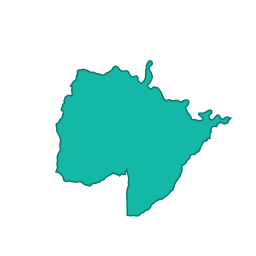 outline of Santa Helena de Goiás, Goiás, Brazil, rotated 318°
{"feature_id": "56859067B47067738427104", "entity_name": "Santa Helena de Goiás", "entity_type": "district", "adm_level": 2, "iso_a3": "BRA", "parent_name": "Brazil", "parent_adm1": "Goiás", "projection": "albers", "projection_center": [-50.546, -17.788], "detail": "fine", "context": "isolated", "style": "filled", "palette": "teal", "viewbox_px": 256, "rotation_deg": 318, "n_neighbors": 0, "source": "geoboundaries", "source_scale": "gbopen_adm2", "svg_char_len": 4602}
<svg xmlns="http://www.w3.org/2000/svg" viewBox="0 0 256 256"><g transform="rotate(318 128 128)"><path d="M129.9,51.8L128.2,52.0L126.3,54.7L125.3,54.5L124.4,55.2L123.5,56.0L122.6,56.7L121.1,57.2L119.4,57.0L118.1,57.2L116.1,57.7L114.3,58.0L113.3,58.7L114.3,59.6L113.6,60.6L112.4,61.5L111.4,62.2L110.9,63.3L110.2,64.2L109.2,65.6L108.2,66.5L106.7,65.2L105.3,63.6L103.3,63.3L101.8,63.2L100.5,64.1L98.8,64.8L97.7,66.8L96.5,66.7L94.8,67.2L93.4,68.6L91.6,68.9L90.5,70.1L90.9,71.8L90.8,73.2L89.5,73.9L88.1,74.6L86.9,75.8L84.9,76.3L83.5,76.3L81.8,76.7L80.1,77.6L78.7,77.3L76.8,77.3L76.5,78.5L75.4,79.5L74.9,81.0L73.8,81.6L73.0,82.9L72.5,85.2L72.1,86.5L71.5,88.9L70.6,90.4L69.8,91.9L68.5,93.3L66.5,94.4L65.9,95.6L65.0,96.4L63.9,98.0L62.8,99.3L60.9,99.8L58.5,100.7L56.9,101.6L55.7,102.6L54.6,104.0L53.3,105.6L51.8,106.6L50.7,107.9L50.0,109.1L49.1,110.5L47.4,111.3L45.1,112.4L46.8,114.7L47.0,116.2L47.3,119.3L46.6,121.7L45.7,123.3L45.3,124.4L46.4,126.6L48.2,127.5L49.2,128.1L49.8,129.5L50.9,130.9L52.3,132.6L54.3,134.3L56.5,135.5L57.4,137.3L57.6,138.8L57.8,140.9L58.9,142.4L60.0,144.0L60.5,145.3L62.5,145.9L64.2,145.5L66.3,146.9L67.8,147.8L69.8,148.5L71.1,149.2L72.4,149.0L73.6,149.2L75.4,150.2L77.5,149.7L80.4,150.2L82.3,150.7L84.1,150.9L85.2,151.4L86.6,151.0L87.3,152.7L88.1,153.6L88.4,154.7L89.4,156.4L89.7,157.9L91.4,157.9L92.5,157.7L93.4,159.4L94.8,160.5L96.4,159.1L99.1,157.9L98.6,159.4L97.8,160.6L96.9,161.9L96.4,163.7L95.6,164.7L94.5,166.3L93.1,167.7L91.8,168.7L90.8,170.2L89.8,171.4L88.6,171.9L86.4,173.0L85.1,174.3L83.9,175.1L82.6,176.4L81.9,177.7L69.0,192.5L69.8,193.3L70.8,194.3L71.5,195.2L73.5,196.5L74.6,197.9L75.8,199.3L76.9,200.0L78.0,200.2L80.0,200.2L81.4,200.1L82.9,201.2L84.1,201.1L85.3,200.9L86.5,201.3L87.5,202.0L89.7,202.2L91.4,202.0L93.8,200.8L96.6,201.0L98.3,200.9L100.6,201.3L101.9,201.6L103.0,202.0L104.4,202.2L105.2,203.5L106.6,203.7L109.0,203.8L110.9,204.2L113.0,204.1L115.5,204.2L116.9,203.7L118.1,203.9L119.6,204.1L121.8,202.8L123.2,202.2L124.8,201.3L126.0,200.5L127.4,200.1L128.6,199.9L130.3,199.3L133.0,198.9L134.5,198.5L136.7,197.1L137.8,196.8L138.9,196.3L139.8,195.6L140.5,194.7L141.2,193.9L142.0,192.8L142.9,192.1L144.9,192.6L147.6,192.8L150.1,191.5L152.0,191.7L153.6,191.5L154.8,190.6L156.2,189.8L157.3,190.1L158.2,190.7L159.2,191.8L160.2,192.3L162.5,192.1L164.4,192.5L166.1,192.6L167.3,191.8L168.6,191.3L170.6,190.1L171.9,189.9L173.3,189.3L174.2,188.7L175.5,188.6L176.5,189.3L177.8,189.9L179.0,190.0L179.8,189.1L180.9,189.5L182.0,190.5L183.0,189.0L184.6,187.6L186.0,186.6L187.5,186.5L188.0,185.4L189.3,184.0L191.1,183.5L192.7,183.9L193.5,184.7L195.0,186.3L196.5,185.2L198.2,185.4L200.0,185.1L201.5,187.2L201.9,188.4L202.3,189.5L204.0,190.2L206.1,190.8L207.5,189.5L209.3,189.7L210.9,189.4L210.1,188.4L209.3,186.4L208.0,185.5L204.6,185.1L203.5,184.0L203.5,182.1L203.9,180.7L204.1,179.5L203.3,178.3L201.4,178.1L198.5,178.6L196.9,178.6L195.6,178.1L194.8,176.9L195.1,174.6L195.9,173.4L197.2,172.9L199.2,172.9L200.5,172.6L201.5,171.5L201.5,170.2L199.6,168.8L198.1,168.6L196.5,168.3L194.5,167.7L193.5,167.2L192.1,165.7L190.5,164.5L189.5,165.4L189.9,167.7L190.2,169.1L190.4,170.8L189.1,171.9L187.3,171.4L185.8,170.3L184.5,168.5L183.7,167.2L182.7,165.9L181.2,164.8L181.2,163.6L182.1,161.7L182.5,159.3L182.6,156.9L183.1,155.0L183.5,153.9L184.1,151.9L184.9,151.0L186.9,151.0L188.8,150.6L190.1,149.7L191.2,148.4L190.7,147.0L189.9,146.1L188.5,145.3L187.1,144.5L185.7,144.8L184.4,143.6L183.9,142.3L183.3,140.7L182.0,139.6L181.0,139.0L180.0,138.3L178.4,136.4L178.0,135.0L176.9,134.3L175.4,133.6L174.5,132.5L174.2,130.6L174.4,129.2L175.0,127.8L175.9,125.0L176.6,123.2L176.6,122.0L176.9,120.7L176.9,117.6L175.7,116.5L174.4,114.6L172.1,114.8L170.7,114.3L170.5,111.4L170.5,109.5L172.0,108.8L173.5,109.1L174.6,109.1L176.3,108.4L178.9,107.2L180.4,106.2L181.4,104.2L182.2,102.5L182.6,100.4L182.8,98.7L183.5,97.8L184.9,96.9L186.1,97.0L188.2,97.0L189.5,96.1L189.9,94.8L189.9,93.6L188.7,92.3L186.2,92.8L184.9,93.3L183.8,93.7L182.8,94.7L182.0,95.7L180.8,96.4L179.3,97.5L178.3,98.6L176.9,100.0L175.9,101.2L174.7,102.4L172.9,103.2L171.1,103.9L168.9,104.0L167.6,103.2L166.9,100.8L167.3,99.2L168.7,97.8L169.2,96.4L169.1,94.8L167.2,94.0L165.6,93.4L164.8,91.8L165.0,89.5L165.8,87.0L165.6,85.3L164.8,84.2L163.7,83.7L162.2,82.4L161.5,81.5L160.9,80.3L160.9,78.2L161.2,76.3L160.3,73.8L158.7,73.3L157.3,73.2L156.3,73.6L154.5,74.2L152.7,74.0L150.6,73.5L149.2,72.9L146.6,72.7L145.0,72.3L144.0,71.3L143.3,69.9L142.1,67.8L140.5,66.0L140.1,64.4L139.5,63.3L138.0,62.2L137.1,60.5L136.8,59.4L135.8,57.7L135.1,56.0L133.9,54.5L132.5,53.6L131.1,52.9L129.9,51.8Z" fill="#14b8a6" stroke="#0f766e" stroke-width="1.5"/></g></svg>